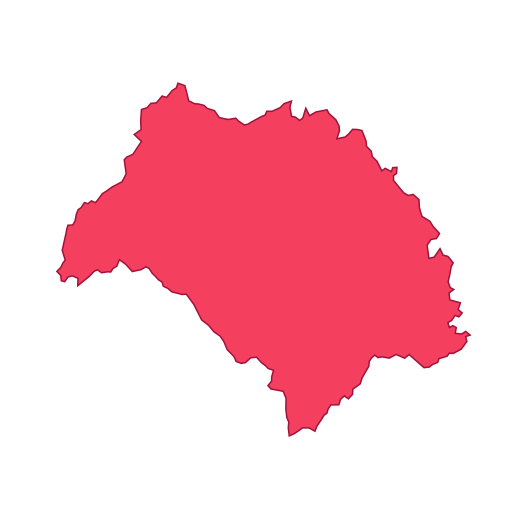 the district of Pontão, Rio Grande do Sul, Brazil, rotated 351°
{"feature_id": "56859067B45504754555875", "entity_name": "Pontão", "entity_type": "district", "adm_level": 2, "iso_a3": "BRA", "parent_name": "Brazil", "parent_adm1": "Rio Grande do Sul", "projection": "natural_earth1", "projection_center": [-52.639, -28.041], "detail": "fine", "context": "isolated", "style": "filled", "palette": "rose", "viewbox_px": 512, "rotation_deg": 351, "n_neighbors": 0, "source": "geoboundaries", "source_scale": "gbopen_adm2", "svg_char_len": 2987}
<svg xmlns="http://www.w3.org/2000/svg" viewBox="0 0 512 512"><g transform="rotate(351 256 256)"><path d="M286.8,438.3L289.7,433.4L294.6,428.2L298.4,423.8L301.5,422.3L303.2,418.6L306.6,414.8L314.6,415.9L317.0,410.9L321.3,408.0L324.9,411.5L329.7,407.8L330.8,402.7L339.0,398.5L341.7,393.0L350.2,382.5L351.4,377.8L354.5,374.5L357.9,372.5L360.6,375.4L364.6,375.3L371.6,377.7L378.9,375.2L383.2,377.8L386.8,380.2L391.8,377.3L404.5,392.6L409.9,392.8L413.3,390.8L418.9,389.5L420.7,386.0L429.0,384.9L431.8,382.2L435.6,383.1L444.2,380.1L450.9,373.4L450.5,368.4L455.1,367.6L451.3,363.3L446.9,365.2L440.7,363.5L442.6,358.0L439.5,355.6L435.8,356.9L435.1,351.8L439.1,350.3L443.4,345.8L446.9,347.9L450.7,344.5L447.3,340.4L450.6,334.2L440.6,329.7L440.9,322.7L446.1,320.0L442.9,317.5L441.7,311.5L444.2,305.4L447.1,297.2L449.7,293.6L445.5,286.4L440.9,284.4L438.9,277.5L431.8,285.0L426.4,285.4L426.7,272.2L431.5,267.0L436.9,267.0L440.8,262.5L435.5,254.5L433.2,248.9L426.2,242.9L425.3,237.7L425.0,233.0L425.8,225.8L420.9,219.8L415.8,220.0L412.0,216.9L409.3,212.6L403.7,202.9L404.4,198.1L407.7,196.5L409.1,190.5L404.9,190.1L402.9,193.8L397.3,189.6L393.6,191.6L390.3,181.2L386.5,176.2L386.2,170.5L382.3,165.0L382.7,159.7L381.6,154.4L380.2,148.6L375.8,146.9L371.2,146.0L366.5,150.1L362.7,152.4L358.9,152.6L354.2,152.9L358.1,145.3L358.4,140.7L356.2,133.9L353.3,130.3L350.3,126.6L349.0,122.7L337.8,123.1L330.8,125.8L328.3,117.8L325.9,122.7L323.9,126.9L320.3,128.9L316.6,124.9L313.0,123.8L312.8,114.3L315.3,108.5L307.5,109.9L303.2,113.2L294.4,115.6L289.3,114.7L287.0,118.3L282.9,119.2L272.0,123.1L268.7,124.5L265.1,124.8L259.8,120.0L257.5,116.7L250.0,116.8L241.4,113.6L237.7,105.9L230.9,102.6L228.2,99.1L223.1,96.9L219.2,96.0L213.8,92.2L213.3,85.7L212.4,76.6L205.9,73.1L203.7,77.4L199.0,79.5L192.5,85.4L188.3,83.3L181.5,89.2L176.0,88.8L171.7,92.5L165.8,93.4L163.2,104.6L162.3,113.2L154.7,116.9L160.8,124.9L150.3,136.3L144.0,138.0L140.9,140.3L140.6,154.6L135.3,161.7L124.7,165.3L118.9,168.3L113.8,170.5L110.1,174.3L105.8,178.2L102.1,175.8L98.3,178.0L94.9,176.4L90.8,180.9L87.6,182.4L85.0,186.8L82.8,193.0L79.8,196.7L75.0,196.2L73.2,200.2L71.8,204.1L65.5,220.0L66.9,230.0L64.2,232.8L61.3,236.8L56.9,240.1L60.1,244.7L59.8,250.0L63.0,251.5L67.0,247.4L71.4,246.9L76.7,250.2L75.3,257.5L88.2,250.0L93.6,245.9L97.1,244.8L100.9,248.4L106.9,248.4L110.1,249.1L112.7,246.0L116.9,244.3L120.5,238.3L126.0,243.8L131.4,252.0L140.4,251.5L145.7,249.4L148.6,251.8L150.8,256.9L153.5,260.4L156.0,264.3L159.2,267.2L159.7,271.4L163.7,274.0L167.1,278.1L176.8,282.4L181.2,282.8L187.0,294.1L192.3,310.6L198.3,317.0L202.5,324.2L208.1,329.6L210.8,335.3L212.9,343.9L218.7,352.1L219.8,357.0L224.6,359.7L228.8,359.7L234.7,355.8L240.7,356.0L244.6,362.1L248.3,365.9L250.4,369.0L255.4,371.6L252.5,378.0L251.8,382.0L247.5,385.9L250.0,389.7L261.7,393.9L263.4,401.2L261.5,412.2L261.2,420.5L262.4,425.1L261.0,430.7L260.7,438.9L265.9,437.5L271.1,435.1L275.1,433.1L281.5,434.1L286.8,438.3Z" fill="#f43f5e" stroke="#9f1239" stroke-width="1.5"/></g></svg>